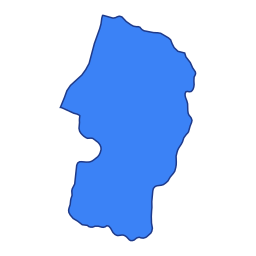 an SVG outline of Yamagata
{"feature_id": "JPN-1868", "entity_name": "Yamagata", "entity_type": "Prefecture", "adm_level": 1, "iso_a3": "JPN", "parent_name": "Japan", "parent_adm1": "", "projection": "albers", "projection_center": [140.093, 38.419], "detail": "fine", "context": "isolated", "style": "filled", "palette": "blue", "viewbox_px": 256, "rotation_deg": 0, "n_neighbors": 0, "source": "natural_earth", "source_scale": "10m", "svg_char_len": 2233}
<svg xmlns="http://www.w3.org/2000/svg" viewBox="0 0 256 256"><path d="M60.4,107.4L64.5,97.4L66.9,90.7L70.5,85.4L81.8,75.1L85.7,69.7L89.1,63.5L94.4,43.5L99.7,28.7L101.0,23.9L101.8,18.1L102.6,15.4L103.3,15.4L113.0,18.1L114.3,17.9L115.7,17.6L117.0,16.9L119.2,16.2L120.7,16.5L122.0,17.0L126.2,21.5L130.7,24.7L133.5,26.2L136.5,26.7L138.4,26.7L140.0,27.3L140.8,28.4L142.1,29.7L144.1,30.8L153.5,32.6L157.8,32.8L160.7,33.3L168.5,37.9L170.6,39.8L172.1,43.7L174.1,47.6L177.9,51.3L184.7,53.0L185.9,56.9L190.3,62.6L192.6,67.8L195.3,71.8L195.6,73.4L195.3,74.7L194.4,76.5L194.1,77.1L193.9,80.7L194.1,84.6L193.8,86.9L193.2,88.9L192.2,90.5L191.1,91.5L189.3,91.8L187.3,91.4L185.9,91.8L185.1,93.5L185.1,95.5L185.5,97.4L186.9,101.1L187.6,103.8L187.8,110.8L188.2,113.4L189.1,115.3L190.2,116.6L191.2,118.0L192.0,120.3L191.6,122.3L190.1,126.1L188.5,131.8L187.5,133.2L186.4,134.3L183.8,137.8L182.5,141.8L181.3,144.1L178.8,147.9L177.7,150.1L177.0,152.4L176.1,156.1L176.3,162.0L176.2,164.8L175.8,167.3L174.8,171.1L173.5,173.1L170.1,177.2L167.9,181.0L165.7,183.0L163.4,184.6L161.4,185.2L156.8,185.8L155.0,186.6L153.4,188.4L152.8,190.9L151.8,201.5L151.9,207.7L151.6,210.8L151.3,216.4L151.5,223.1L152.4,228.2L151.8,231.2L150.8,233.1L146.9,236.6L145.9,237.3L144.8,237.7L143.4,238.1L142.0,238.0L140.7,237.8L139.5,237.3L138.1,237.5L136.5,238.1L134.2,240.0L132.4,240.6L130.7,240.6L129.4,239.9L126.6,236.9L125.2,235.9L123.7,235.2L122.1,235.0L118.4,235.5L117.3,235.5L116.2,235.1L114.8,234.3L113.0,232.5L110.5,228.1L108.8,226.2L106.8,225.7L105.2,226.8L103.4,227.3L101.9,227.2L98.3,226.2L95.1,226.2L92.7,227.1L90.7,227.1L88.8,226.6L87.4,225.4L82.2,224.7L77.6,221.1L73.2,218.5L70.3,215.1L68.9,212.5L68.6,210.2L69.0,208.2L70.2,204.5L70.6,200.6L70.9,198.9L72.0,195.6L72.1,195.4L71.8,190.9L72.2,188.9L74.7,184.0L76.7,165.3L77.7,163.0L79.5,161.8L81.4,161.7L86.4,162.1L89.3,162.0L91.3,161.4L93.1,160.4L97.7,156.8L99.1,155.0L100.2,152.7L101.1,149.5L100.9,147.1L100.0,144.9L99.1,143.6L98.0,142.3L92.8,138.4L91.1,138.1L87.4,138.3L85.7,137.5L83.8,136.2L82.2,134.7L80.7,133.0L79.6,131.1L79.0,128.4L79.5,122.6L79.4,120.1L79.5,118.3L79.7,116.9L79.8,115.7L78.8,114.9L77.1,114.1L73.7,113.2L62.2,107.9L60.5,107.4L60.4,107.4Z" fill="#3b82f6" stroke="#1e3a8a" stroke-width="1.5"/></svg>